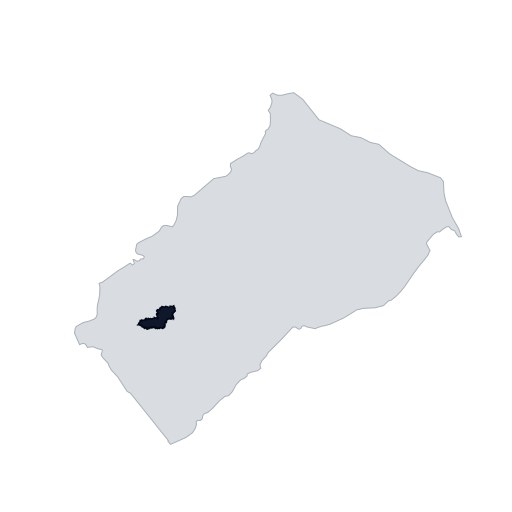 Savelugu, Northern, Ghana shown in context, rotated 232°
{"feature_id": "2480657B27215926841583", "entity_name": "Savelugu", "entity_type": "district", "adm_level": 2, "iso_a3": "GHA", "parent_name": "Ghana", "parent_adm1": "Northern", "projection": "robinson", "projection_center": [-0.823, 9.867], "detail": "fine", "context": "in_parent", "style": "filled", "palette": "ink", "viewbox_px": 512, "rotation_deg": 232, "n_neighbors": 0, "source": "geoboundaries", "source_scale": "gbopen_adm2", "svg_char_len": 7718}
<svg xmlns="http://www.w3.org/2000/svg" viewBox="0 0 512 512"><g transform="rotate(232 256 256)"><path d="M307.0,65.5L310.4,69.1L311.1,71.2L309.9,79.0L307.4,84.5L305.9,89.7L306.1,92.2L307.6,94.8L312.8,98.8L315.4,101.4L318.5,105.4L322.1,109.3L328.3,114.4L330.9,115.3L330.8,116.7L329.9,118.6L329.4,137.5L328.9,142.3L328.5,144.8L327.9,151.8L327.3,152.8L326.1,152.7L325.0,153.0L324.8,154.4L325.2,155.8L328.9,156.9L328.1,157.9L325.3,158.9L324.1,161.0L324.6,163.4L323.1,165.4L323.5,166.7L324.5,167.6L326.1,167.3L330.4,164.0L332.3,163.7L334.5,164.4L338.7,169.3L338.8,171.7L337.2,180.0L335.5,186.4L335.2,195.0L337.0,199.7L336.7,202.4L334.8,204.7L330.5,208.0L330.9,210.2L332.8,214.4L336.4,219.1L343.5,224.9L347.3,232.4L347.4,235.5L345.2,238.5L342.6,241.2L341.8,245.0L343.0,270.3L337.4,281.3L337.3,284.4L337.9,288.0L339.4,290.2L342.2,290.8L344.6,292.9L343.8,300.6L342.5,308.5L342.3,312.3L341.6,314.1L339.4,315.6L338.6,318.0L339.2,321.1L338.8,323.3L340.0,326.3L342.5,329.9L346.6,339.0L348.2,339.7L348.9,341.6L348.5,343.4L350.1,347.4L354.6,351.4L359.4,354.9L363.3,355.4L364.2,358.6L366.7,362.5L368.6,364.3L371.5,365.4L374.0,366.0L374.1,369.4L369.7,371.7L366.8,375.2L364.5,380.5L361.4,386.3L350.7,389.3L346.6,389.3L324.6,389.5L304.1,400.9L292.2,405.0L284.9,411.4L275.1,416.0L268.3,421.6L254.1,424.2L230.7,433.0L223.4,436.4L216.0,442.5L204.0,449.6L199.3,449.5L189.9,442.9L182.9,439.5L165.6,434.4L152.7,432.5L146.4,430.3L144.7,429.9L146.2,427.5L149.8,427.4L153.6,428.1L156.4,426.3L160.6,426.0L161.7,424.1L162.1,419.3L162.0,415.4L163.5,413.7L163.9,409.1L161.8,399.0L160.4,397.8L152.9,396.4L152.3,394.4L150.9,392.3L149.5,387.0L147.9,379.3L145.3,369.6L140.2,353.7L139.0,348.1L138.1,342.4L137.9,335.6L139.0,333.0L138.8,329.5L138.4,326.0L141.9,317.9L148.9,308.0L150.4,304.4L151.7,301.9L151.9,298.4L153.2,286.8L156.5,272.9L158.6,267.6L160.1,264.8L161.8,260.2L162.2,258.0L168.7,252.5L171.6,251.0L172.3,248.9L171.3,246.5L171.7,244.9L173.2,244.1L175.6,243.5L177.3,241.2L174.6,224.1L172.5,206.9L172.3,205.5L171.0,203.1L169.8,196.0L167.6,191.9L164.6,190.7L164.6,186.8L167.6,180.2L168.4,176.3L167.0,175.2L166.8,172.1L167.8,167.3L167.3,164.3L166.8,161.1L163.6,153.6L162.8,148.3L164.5,145.2L164.4,138.4L162.7,127.9L162.4,121.3L163.6,118.5L163.1,115.9L160.8,113.4L160.6,111.0L162.6,108.6L162.3,106.8L159.9,105.4L157.7,102.2L155.8,97.1L156.2,88.9L159.9,73.8L160.3,72.6L164.5,72.6L164.5,73.3L177.4,73.1L192.1,73.0L209.7,72.8L225.7,72.6L226.4,71.9L229.0,71.1L245.2,72.6L255.3,71.8L259.5,72.4L262.7,73.4L269.7,72.7L273.4,73.1L276.2,76.9L277.3,76.8L278.9,75.3L281.7,73.4L284.5,72.0L286.5,69.1L287.8,66.8L289.6,67.3L292.3,67.1L294.0,65.3L294.7,62.4L307.0,65.5Z" fill="#d9dde1" stroke="#a8b0b8" stroke-width="1"/><path d="M263.7,159.1L263.8,159.0L264.6,159.8L265.0,159.4L265.3,159.8L266.2,159.9L266.1,160.1L266.3,160.1L266.6,160.2L267.0,160.3L267.4,160.5L267.5,159.3L268.0,158.7L268.8,157.9L268.7,157.9L269.2,155.6L269.9,155.3L271.9,153.9L271.9,152.9L272.5,152.0L274.1,150.8L273.9,150.2L273.7,150.0L273.8,149.9L273.7,149.8L273.7,149.7L273.8,149.7L273.9,149.3L273.9,149.1L273.9,148.8L273.8,148.6L273.6,148.5L273.5,148.0L273.5,147.7L273.4,147.6L273.5,147.6L273.3,147.4L273.3,147.1L273.2,147.0L273.3,146.8L273.3,146.6L273.4,146.2L273.5,146.1L273.8,145.8L274.0,145.8L274.0,145.7L274.3,145.4L274.3,145.2L274.1,145.0L274.2,144.9L274.0,144.7L274.0,144.4L273.9,144.2L274.0,144.0L273.9,143.9L273.7,143.8L273.4,143.9L273.2,144.0L273.0,143.9L272.9,143.9L272.6,144.1L272.3,143.8L272.2,144.0L271.9,144.0L271.7,143.7L271.4,144.0L271.2,143.9L270.9,143.9L270.9,143.4L271.0,143.3L270.8,142.7L271.0,142.4L271.5,142.1L271.4,142.0L271.4,141.8L270.8,141.5L270.5,141.5L269.6,141.1L269.0,141.1L268.3,140.9L268.2,140.8L267.9,140.8L267.2,140.4L267.4,140.3L267.4,140.1L267.8,140.3L267.8,140.1L268.1,139.9L268.3,139.9L268.4,139.5L268.5,139.5L268.5,139.2L268.7,138.8L268.8,138.6L269.0,138.6L269.1,138.4L269.3,138.4L269.3,138.5L269.4,138.4L269.4,138.2L269.8,138.1L269.7,137.7L269.8,137.7L269.7,137.6L269.8,137.4L269.7,137.1L269.8,137.0L269.9,136.9L269.9,136.7L270.0,136.4L270.1,136.1L270.3,136.0L270.3,135.8L270.5,135.7L270.6,135.3L270.7,135.2L270.9,134.8L270.9,134.7L271.0,134.6L271.3,134.4L271.7,134.3L271.7,134.1L271.8,134.0L272.0,133.6L272.0,133.3L272.2,133.2L272.4,132.8L273.0,132.8L273.1,130.5L274.4,130.5L274.5,131.0L274.6,130.9L274.7,130.6L274.6,130.1L274.0,129.6L274.2,129.4L274.2,129.0L274.2,128.9L274.2,128.7L274.4,128.3L274.4,128.2L274.6,128.0L274.7,127.8L274.6,127.7L274.7,127.1L274.9,127.2L275.0,127.1L275.2,126.7L275.5,126.6L275.8,126.7L276.0,126.5L276.0,126.4L276.1,126.2L276.2,125.8L276.1,125.7L276.1,125.4L275.9,125.3L276.0,125.2L275.9,125.2L275.9,124.9L275.7,124.5L275.4,124.3L275.5,124.2L275.5,123.8L275.4,123.7L275.5,123.5L275.4,123.4L275.3,123.0L275.2,122.9L275.2,122.6L275.2,122.1L274.8,121.9L274.4,122.0L274.4,121.5L274.1,121.9L273.9,121.9L273.9,121.5L273.6,122.0L273.0,122.2L272.9,122.2L272.8,121.9L272.7,121.9L272.5,122.2L272.6,122.3L272.8,122.3L272.8,122.5L272.6,122.6L272.8,123.1L272.4,122.7L272.2,122.7L272.1,122.8L271.7,122.6L271.5,122.8L271.8,123.1L271.7,123.3L271.1,122.8L270.9,122.9L270.9,123.2L270.8,123.3L270.4,123.2L270.2,123.1L270.1,122.9L269.9,123.1L269.9,123.3L269.5,123.6L269.3,123.4L269.2,123.5L269.2,124.1L269.1,124.3L268.8,124.1L269.0,123.9L268.9,123.8L268.7,123.7L268.5,123.9L268.5,124.1L268.4,124.1L268.2,123.9L268.3,123.9L268.2,123.5L267.9,123.6L267.7,124.2L267.3,125.0L267.2,125.3L267.0,125.6L267.0,125.8L266.7,125.7L266.4,125.5L266.2,125.6L266.1,125.3L266.2,125.2L266.2,124.9L265.7,125.0L265.3,125.2L265.2,125.4L265.3,125.6L265.5,125.8L265.5,126.0L265.1,126.2L265.0,126.4L265.1,126.5L264.6,127.0L264.9,127.5L265.1,127.8L264.5,128.2L264.4,128.3L264.4,128.5L264.6,128.8L264.5,129.1L264.8,129.2L264.7,129.6L264.3,129.6L264.0,129.3L263.8,129.3L263.8,129.6L263.8,129.8L263.8,130.0L263.7,130.0L263.5,129.8L263.3,129.9L263.3,130.2L263.6,130.8L263.4,130.9L263.2,130.7L263.1,130.9L263.0,131.5L262.8,131.7L262.6,131.4L262.3,131.5L262.2,131.7L262.2,132.2L262.3,132.3L262.4,132.1L262.5,132.1L262.4,132.3L262.2,132.4L261.9,132.1L261.7,132.4L261.7,132.9L261.4,132.8L261.2,132.3L260.8,132.2L260.7,132.4L260.7,132.8L260.5,133.0L260.7,133.4L260.7,133.5L260.3,133.4L260.0,133.4L259.5,133.5L259.4,133.7L259.3,134.3L259.1,134.7L259.0,135.1L259.1,135.5L258.8,135.5L258.5,135.2L258.4,135.2L258.3,135.3L258.3,136.0L258.6,136.4L258.6,136.6L257.9,136.9L257.6,137.2L257.1,137.4L256.5,137.9L256.6,138.1L256.8,138.3L257.3,139.1L257.3,139.3L257.0,139.5L256.6,139.6L256.4,139.4L256.2,139.0L256.1,139.6L256.3,140.4L256.4,140.6L256.8,140.8L257.0,141.3L257.3,141.4L257.2,141.4L257.4,141.4L257.3,141.5L257.6,141.4L257.7,141.9L257.9,141.8L258.2,141.6L258.4,141.6L258.6,141.8L258.9,142.1L259.0,142.4L259.0,142.9L259.1,143.2L259.0,143.5L258.8,143.8L258.8,144.0L259.0,144.6L259.2,144.9L259.4,145.1L259.7,145.1L260.0,144.8L260.3,146.3L260.7,146.8L260.8,147.1L260.4,147.6L260.5,147.9L260.6,148.2L260.5,148.8L260.4,148.9L259.9,148.8L259.7,149.0L259.6,149.4L259.4,149.7L259.2,149.8L258.8,149.9L258.5,150.1L258.6,150.3L258.7,150.5L259.4,150.9L259.4,151.2L259.2,151.5L258.8,151.7L258.5,151.4L258.1,151.5L257.9,151.6L257.7,152.2L257.5,152.4L257.4,152.4L257.6,152.6L257.8,152.7L257.8,152.8L258.0,152.7L258.1,152.8L258.3,153.0L258.5,153.1L258.8,153.1L259.1,153.3L259.3,153.4L259.4,153.6L259.7,153.5L259.9,153.4L259.9,153.5L260.1,153.5L260.3,153.5L260.3,153.4L260.5,153.5L260.7,153.4L260.7,153.5L260.9,153.3L261.0,153.4L261.2,153.7L261.4,153.9L261.3,154.0L261.4,154.3L261.7,154.7L261.6,154.8L261.7,155.1L261.8,155.2L261.9,155.4L262.1,155.8L262.3,155.8L262.3,156.1L262.3,156.6L262.2,156.7L262.1,156.8L262.3,157.1L262.5,157.9L262.6,158.2L262.6,158.4L262.4,158.6L262.5,158.7L263.0,158.7L263.4,158.9L263.5,159.0L263.7,159.1Z" fill="#0f172a" stroke="#020617" stroke-width="1.5"/></g></svg>